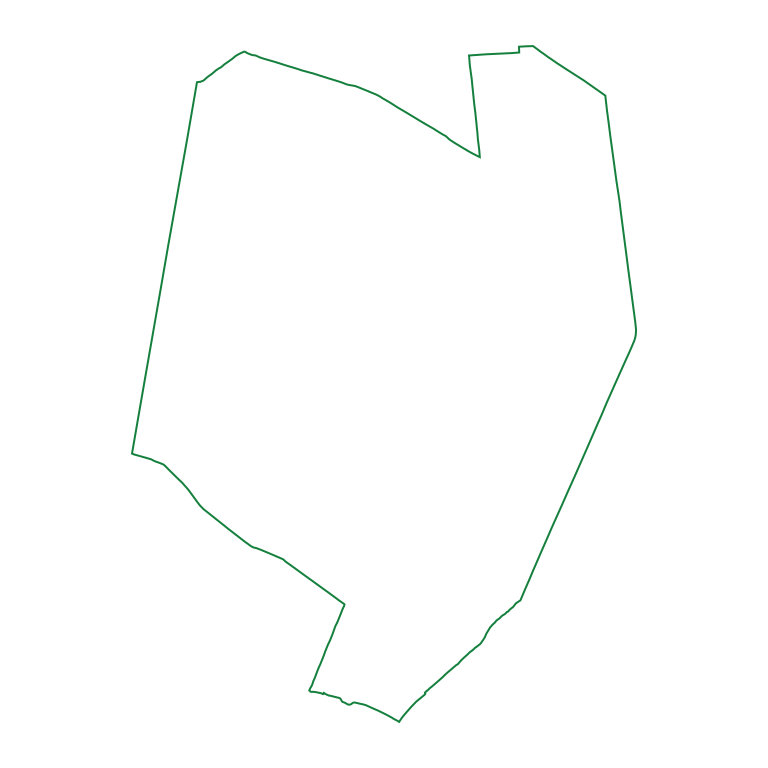 Don Mueang, Bangkok Metropolis, Thailand (Equal Earth projection)
{"feature_id": "78962969B41051617960371", "entity_name": "Don Mueang", "entity_type": "district", "adm_level": 2, "iso_a3": "THA", "parent_name": "Thailand", "parent_adm1": "Bangkok Metropolis", "projection": "equal_earth", "projection_center": [100.591, 13.921], "detail": "fine", "context": "isolated", "style": "outline", "palette": "green", "viewbox_px": 768, "rotation_deg": 0, "n_neighbors": 0, "source": "geoboundaries", "source_scale": "gbopen_adm2", "svg_char_len": 5537}
<svg xmlns="http://www.w3.org/2000/svg" viewBox="0 0 768 768"><path d="M520.4,600.4L525.3,588.8L529.9,578.3L533.4,569.9L537.7,560.0L542.1,549.8L546.6,539.6L551.5,528.3L555.1,520.2L561.7,505.6L567.8,491.7L574.9,475.9L588.1,445.8L597.9,423.2L601.6,414.9L606.5,403.2L612.1,390.6L615.4,383.2L623.8,364.4L629.3,352.3L632.2,345.7L633.2,343.2L634.0,341.5L634.7,339.5L635.4,336.8L635.8,334.3L635.9,332.5L636.0,330.7L636.0,329.4L635.8,327.2L635.2,321.6L631.5,293.7L628.4,270.5L626.0,251.9L625.4,247.2L623.3,231.2L620.8,211.9L619.5,201.1L616.4,180.7L613.9,162.3L611.8,146.9L610.4,136.8L608.7,123.2L607.0,110.6L605.3,95.6L602.2,93.4L583.9,80.5L565.0,68.4L560.0,65.1L557.8,63.7L554.2,61.2L552.8,60.3L551.8,59.5L550.1,58.4L549.6,58.1L549.0,57.7L548.3,57.2L543.8,53.9L540.9,51.9L533.1,46.1L526.3,46.3L524.4,46.4L519.0,46.7L519.2,52.5L511.3,53.1L486.1,54.3L469.0,55.5L469.2,57.3L469.8,65.0L470.6,71.0L471.8,79.7L472.4,86.2L472.8,89.9L473.9,100.9L474.4,105.4L474.5,106.0L474.6,107.2L475.3,112.3L475.7,116.3L476.6,124.8L476.7,126.2L476.9,128.2L477.4,132.6L477.9,139.5L478.1,140.9L478.5,144.1L479.3,150.6L479.8,157.1L478.1,156.3L476.7,155.6L471.1,152.7L467.9,150.9L461.2,146.9L455.1,143.2L449.7,139.7L445.8,136.1L445.4,135.9L442.6,134.4L437.9,131.5L433.7,128.8L426.0,124.4L419.9,120.8L419.1,120.3L413.0,116.6L407.9,113.5L397.7,107.5L391.0,103.2L387.7,101.2L384.2,99.2L382.9,98.5L380.4,96.8L378.6,95.8L376.5,94.7L374.6,93.9L359.0,87.5L355.4,86.1L352.3,85.5L349.1,85.0L346.4,84.3L344.7,83.6L344.2,83.4L340.7,82.1L332.0,79.4L328.0,78.2L325.3,77.3L324.6,77.1L320.1,75.7L316.2,74.4L315.7,74.3L314.6,73.9L312.0,73.1L310.9,72.9L307.8,72.0L301.9,70.4L297.1,68.8L295.1,68.2L293.5,67.7L290.1,66.7L284.9,65.1L279.7,63.4L274.2,61.7L269.0,60.2L263.7,58.7L262.9,58.4L260.1,57.5L257.4,56.3L256.4,55.8L255.5,55.5L254.9,55.3L254.3,55.3L254.0,55.2L253.3,55.2L253.0,55.2L252.5,55.1L252.1,55.0L251.5,54.8L249.9,54.2L247.7,53.3L247.0,53.0L246.2,52.4L245.3,51.9L244.8,51.7L244.7,51.7L244.1,51.7L243.9,51.8L240.6,53.2L237.8,54.7L235.9,55.8L234.1,57.2L233.4,57.9L231.2,59.6L230.0,60.4L229.1,61.1L228.1,61.8L226.2,63.1L225.1,63.9L224.2,64.5L223.0,65.6L221.9,66.5L221.7,66.7L221.6,66.8L221.4,66.9L221.3,67.0L221.2,67.1L220.9,67.3L220.6,67.5L220.4,67.6L220.2,67.7L220.0,67.8L219.9,67.9L219.7,68.0L219.3,68.2L218.2,68.8L217.2,69.6L216.9,69.7L216.8,69.8L216.7,69.9L216.5,70.0L216.4,70.1L216.2,70.2L216.1,70.3L215.9,70.4L215.8,70.5L215.7,70.6L214.9,71.3L213.8,72.3L212.9,73.0L212.5,73.4L207.4,77.1L205.5,78.8L203.8,80.3L203.4,80.6L203.1,80.7L202.8,80.8L202.3,81.0L201.8,81.2L200.5,81.8L200.3,81.9L200.0,81.9L199.3,81.9L197.0,82.2L196.8,83.2L196.3,86.0L196.3,86.5L196.1,87.3L187.2,138.9L168.0,246.7L166.9,253.1L160.3,291.2L146.3,371.2L140.6,403.9L132.0,453.6L134.6,454.6L150.8,459.2L151.4,459.4L152.3,459.9L153.5,460.6L155.3,461.4L158.4,462.5L161.3,463.6L162.7,464.2L163.9,464.8L164.2,465.1L165.1,465.9L166.4,467.2L169.8,470.7L175.7,476.5L179.2,479.9L180.8,481.4L181.9,482.4L188.3,489.7L189.2,490.9L189.8,491.7L197.5,502.3L199.9,505.4L203.7,509.3L204.6,510.0L227.1,527.9L227.9,528.6L245.1,541.9L248.6,544.4L250.2,545.6L251.1,546.2L251.8,546.6L253.2,547.3L253.6,547.5L254.1,547.6L256.3,548.1L256.9,548.3L257.4,548.5L261.1,549.9L261.8,550.2L268.5,553.0L282.0,558.8L282.9,559.2L283.3,559.4L285.1,561.2L285.5,561.5L286.5,562.3L288.7,563.8L291.6,565.9L304.4,575.2L320.2,586.6L336.4,598.4L338.3,599.9L340.0,601.1L341.3,602.0L344.0,603.9L344.5,604.4L344.1,606.0L342.5,609.3L339.9,616.0L337.4,622.1L335.3,626.3L332.5,634.2L330.1,640.2L328.0,644.6L325.7,650.3L325.1,651.7L324.4,653.9L322.3,659.3L320.1,664.7L319.0,667.0L317.3,671.2L314.8,677.9L313.4,681.0L312.2,684.7L311.6,685.9L310.1,688.5L309.3,690.5L310.3,691.5L310.8,691.7L311.3,691.9L312.6,691.8L314.4,691.9L316.3,692.2L319.4,692.9L320.6,693.1L321.3,693.3L322.2,693.8L322.5,693.9L322.8,694.1L323.0,694.1L323.3,694.0L323.8,692.9L324.4,693.2L325.0,693.8L328.0,695.2L329.1,695.6L330.6,695.8L334.1,696.7L339.0,697.9L339.7,698.1L339.9,698.2L340.3,698.6L341.2,699.8L341.7,701.0L341.9,701.2L342.4,701.8L342.8,702.0L344.6,702.6L345.6,703.2L347.1,704.0L348.0,704.5L349.2,704.7L350.0,704.6L351.2,704.1L352.8,702.9L353.2,702.7L353.7,702.6L354.4,702.5L354.9,702.5L356.4,702.9L359.0,703.5L361.2,704.0L361.9,704.1L363.1,704.4L365.7,705.1L372.1,708.0L378.5,710.8L386.4,714.7L392.1,717.8L393.0,718.4L393.7,718.9L395.9,720.0L397.6,720.9L399.1,721.9L401.9,717.8L403.3,716.0L403.9,715.3L406.8,711.9L411.2,706.9L415.6,702.3L416.4,701.5L424.3,695.0L425.2,694.1L425.3,693.9L425.3,693.6L424.9,692.9L424.9,692.7L425.0,692.6L425.6,692.0L426.3,691.3L426.9,690.7L427.0,690.6L427.4,690.6L429.3,688.7L429.6,688.4L430.9,687.3L431.3,687.0L431.8,686.6L436.5,682.6L443.5,676.4L443.9,675.9L444.2,675.5L444.6,675.2L444.9,675.0L445.3,674.6L445.6,674.2L445.8,674.0L447.7,672.4L448.0,672.1L450.6,669.9L451.1,669.5L455.6,665.6L456.2,665.1L457.8,664.2L461.3,660.2L463.8,657.8L467.3,654.7L470.1,651.9L471.3,651.2L473.1,649.7L474.5,648.5L474.6,648.2L475.6,647.4L475.9,647.3L478.8,645.1L480.2,644.0L480.7,643.3L481.2,642.8L481.5,642.2L482.9,640.3L484.1,638.4L485.0,636.9L485.4,636.0L485.7,635.2L485.9,634.5L486.8,632.9L487.6,631.6L490.2,627.3L490.5,627.0L491.3,626.1L491.7,625.6L492.2,625.0L494.8,622.6L496.0,621.1L496.4,620.6L497.7,619.6L498.3,619.2L498.9,618.8L499.5,618.4L500.9,616.9L501.1,616.7L501.3,616.5L502.2,615.7L503.9,614.6L504.7,614.2L504.9,614.0L505.8,613.2L506.5,612.4L506.9,612.0L507.6,611.8L508.2,611.5L508.7,610.8L509.6,609.8L511.1,608.5L512.7,607.3L513.1,607.0L515.6,603.7L515.9,603.4L516.2,603.1L520.4,600.4Z" fill="none" stroke="#15803d" stroke-width="2"/></svg>